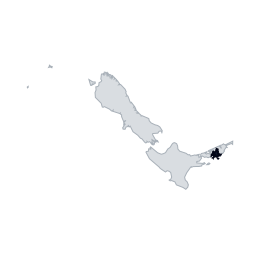 Whangarei District, Northland, New Zealand (highlighted), rotated 99°
{"feature_id": "76426892B88537535922351", "entity_name": "Whangarei District", "entity_type": "district", "adm_level": 2, "iso_a3": "NZL", "parent_name": "New Zealand", "parent_adm1": "Northland", "projection": "orthographic", "projection_center": [174.414, -35.694], "detail": "fine", "context": "in_parent", "style": "filled", "palette": "ink", "viewbox_px": 256, "rotation_deg": 99, "n_neighbors": 0, "source": "geoboundaries", "source_scale": "gbopen_adm2", "svg_char_len": 6877}
<svg xmlns="http://www.w3.org/2000/svg" viewBox="0 0 256 256"><g transform="rotate(99 128 128)"><path d="M129.6,102.7L130.7,102.7L135.1,99.2L137.0,98.5L137.5,98.4L136.5,99.4L136.7,100.2L135.7,102.5L136.6,102.2L137.1,100.5L137.7,100.2L137.5,99.3L140.1,99.6L139.2,101.2L137.8,102.2L138.7,102.3L140.7,100.6L140.7,101.5L138.1,104.4L138.9,105.9L138.2,107.2L139.0,107.0L140.0,108.0L139.4,109.3L136.5,112.6L136.1,114.2L133.6,117.2L130.9,122.5L125.8,126.1L126.8,127.0L125.0,128.3L126.4,128.1L127.4,130.1L129.7,130.7L129.9,132.7L128.5,133.3L127.0,132.4L124.9,132.8L125.6,131.9L124.7,131.4L123.2,133.1L120.9,131.2L122.2,133.4L117.8,136.1L116.0,136.4L115.4,137.8L114.4,137.9L115.0,138.4L113.9,145.5L112.7,145.5L113.8,146.3L113.7,147.0L112.3,149.1L110.6,154.6L111.4,155.8L111.3,156.7L107.8,158.3L102.9,165.0L98.2,166.1L95.5,165.5L92.4,166.2L91.8,164.4L90.6,163.5L87.8,163.7L86.4,161.8L85.2,161.4L83.9,162.5L79.5,162.7L78.7,162.4L78.5,161.7L79.9,159.5L78.5,160.7L77.8,160.7L78.4,159.7L78.2,158.9L76.5,159.9L76.5,158.1L80.4,156.6L78.8,156.6L78.6,156.0L80.1,154.6L78.0,154.9L78.2,153.3L79.3,153.2L78.8,152.1L81.3,153.1L80.9,152.0L81.8,151.6L80.1,151.0L79.9,149.8L80.7,148.9L81.8,149.2L81.0,148.3L82.8,146.1L83.4,147.6L83.3,145.5L85.7,143.2L86.8,144.0L86.2,142.1L90.1,137.0L92.4,135.5L93.7,135.7L95.8,134.1L96.8,134.6L96.3,133.5L96.6,133.0L102.1,129.9L102.0,129.0L102.6,128.9L102.2,128.6L105.3,125.4L106.7,125.6L105.8,124.8L107.1,123.9L108.5,124.5L107.7,123.5L108.8,122.9L109.5,123.7L109.5,122.5L111.3,120.0L111.8,121.9L112.0,121.6L111.8,119.7L113.1,117.4L114.2,116.9L113.6,116.2L115.4,109.0L117.6,108.1L119.4,105.9L120.6,101.9L120.9,99.0L122.0,96.7L125.3,93.8L128.0,93.8L126.1,94.1L125.9,95.6L126.4,96.8L128.4,97.7L129.6,102.7ZM127.1,23.4L130.2,28.6L131.8,27.0L132.0,28.2L135.1,29.6L135.6,29.1L138.2,30.4L138.5,32.3L140.2,31.7L142.4,35.6L142.0,36.6L142.7,38.0L141.0,38.1L144.8,44.2L144.3,46.3L145.0,47.7L144.0,50.4L145.6,51.3L146.2,50.6L149.5,52.3L150.3,54.8L151.7,54.7L151.3,48.7L150.3,47.1L151.1,46.2L153.1,49.4L154.0,49.3L154.9,51.9L155.9,57.6L157.1,59.4L156.4,59.0L156.3,59.5L156.9,60.0L163.0,63.0L167.7,64.4L170.4,63.3L172.0,61.1L174.7,59.5L177.1,59.7L179.5,61.3L178.1,64.4L176.6,71.3L173.9,73.2L173.1,76.7L173.6,78.1L173.0,79.2L171.9,77.7L169.6,77.2L165.4,78.8L164.3,80.5L164.1,82.7L165.6,84.1L163.0,89.7L161.6,91.3L155.0,102.0L149.0,106.5L148.3,106.1L147.8,104.3L145.3,104.3L145.4,102.2L145.1,102.0L144.2,103.2L143.1,102.7L147.8,94.9L148.7,91.0L147.8,89.0L146.5,87.1L142.5,85.4L140.6,83.4L136.8,81.8L135.7,80.9L135.2,79.6L135.9,77.5L138.0,76.2L141.0,75.4L142.8,73.3L143.9,66.7L145.1,64.4L144.7,62.9L145.9,61.8L144.1,57.6L144.5,56.3L143.9,56.1L142.8,53.5L143.4,53.4L144.1,54.8L144.8,53.6L146.0,53.3L144.6,51.7L142.9,52.1L141.7,51.6L140.8,49.1L139.0,46.3L139.5,46.2L141.0,47.6L141.5,46.5L140.6,45.0L140.9,43.4L139.7,42.5L139.6,43.5L137.5,42.0L136.4,39.5L136.4,40.8L138.8,44.4L138.1,45.1L137.7,44.8L131.5,35.2L133.6,32.5L132.3,33.1L131.2,34.7L130.6,34.0L130.2,32.8L128.7,31.2L129.3,30.3L129.3,29.0L124.6,22.5L127.8,22.1L127.1,23.4ZM89.1,167.4L90.8,169.7L89.9,169.6L90.0,170.1L91.6,170.6L91.7,171.6L86.2,174.2L88.0,170.0L87.7,167.6L89.1,167.4ZM79.9,214.4L80.6,215.9L78.8,215.2L77.9,215.7L79.1,214.1L79.1,212.5L80.4,212.6L79.9,214.4ZM151.6,42.7L151.9,44.5L150.0,43.1L149.9,42.2L150.4,41.5L151.6,42.7ZM136.7,97.8L135.5,98.4L135.8,96.9L137.1,96.0L136.7,97.8ZM78.2,156.1L78.1,157.0L76.5,156.8L77.7,155.7L78.2,156.1ZM103.6,233.0L104.1,233.6L103.3,233.9L102.5,233.1L103.6,233.0ZM79.6,150.5L80.1,151.9L78.9,151.2L79.6,150.5Z" fill="#d9dde1" stroke="#a8b0b8" stroke-width="1"/><path d="M135.0,35.9L134.9,35.9L134.8,36.3L134.9,36.2L135.0,36.4L134.9,36.6L134.9,37.4L135.3,37.5L135.3,37.4L135.5,37.3L135.8,37.3L135.9,37.1L136.0,37.0L136.1,37.3L136.3,37.4L136.5,37.4L137.0,37.6L137.0,37.8L137.5,38.0L137.7,37.9L137.7,38.0L138.0,38.1L138.0,38.3L138.0,38.5L138.5,38.8L138.5,39.0L138.6,39.4L138.3,39.6L138.2,39.6L138.0,39.8L138.3,39.9L138.2,40.0L138.3,40.2L138.3,40.3L138.2,40.4L138.4,40.6L138.5,40.6L138.6,40.4L138.8,40.5L139.0,40.4L140.0,39.8L140.1,40.0L140.3,40.0L140.3,40.3L140.2,40.4L140.3,40.8L140.5,40.9L140.6,41.0L140.8,41.1L140.9,41.3L141.0,41.4L141.5,41.5L141.7,41.4L142.0,41.4L142.4,41.3L142.6,41.3L142.5,41.2L142.3,41.1L142.0,40.9L141.8,40.5L141.6,40.0L141.6,39.6L141.6,39.2L141.7,38.9L142.0,38.7L141.8,38.5L141.7,38.6L141.8,38.6L141.7,38.6L141.8,38.6L141.5,38.4L141.2,38.6L141.3,38.5L141.1,38.5L140.8,38.3L140.7,38.6L140.8,38.4L140.7,38.3L140.7,38.2L140.7,38.3L140.6,38.6L140.4,38.6L140.5,38.6L140.4,38.8L140.4,38.7L140.2,38.6L140.3,38.6L140.4,38.4L140.3,38.2L140.3,38.3L140.4,38.2L140.4,37.9L140.2,37.9L140.1,38.0L140.1,37.9L140.3,37.7L140.5,37.7L140.5,37.4L140.4,37.4L140.5,37.4L140.6,37.5L140.6,37.8L140.8,37.7L141.0,37.9L141.4,38.1L141.3,37.9L141.5,37.9L141.8,37.8L141.6,38.0L141.8,38.1L142.0,38.3L141.9,38.4L141.9,38.5L142.2,38.5L142.3,38.6L142.2,38.8L142.3,38.9L142.5,38.9L142.8,38.8L142.5,38.4L142.4,38.0L142.5,37.9L142.5,37.7L142.5,37.3L142.6,37.2L142.3,37.3L142.5,37.4L142.4,37.5L142.2,37.6L142.3,37.5L142.3,37.4L142.2,37.3L142.4,37.2L142.0,37.2L142.0,37.4L141.8,37.4L141.8,37.5L141.8,37.4L142.0,37.4L141.9,37.3L142.0,37.3L142.0,37.1L142.0,36.7L142.0,36.4L142.1,36.2L141.9,36.3L141.7,36.4L141.3,36.2L141.5,36.2L141.6,36.3L141.6,36.2L141.6,36.3L141.7,36.2L141.8,36.2L141.8,36.3L142.0,36.3L142.1,36.1L142.3,36.3L142.4,36.2L142.2,36.1L142.2,35.9L142.4,36.0L142.3,35.9L142.3,35.6L142.2,35.6L142.2,35.4L142.1,35.5L142.0,35.4L141.9,35.4L141.7,35.3L141.7,35.2L141.7,34.8L141.3,34.8L141.4,34.7L141.5,34.8L141.6,34.7L141.7,34.9L141.8,34.8L141.6,34.7L141.5,34.4L141.3,34.1L141.3,33.8L141.2,33.7L141.2,33.9L141.1,34.0L141.0,33.9L140.9,33.8L140.7,33.9L140.7,33.7L140.8,33.7L140.7,33.6L140.6,33.4L140.5,33.2L140.4,33.2L140.3,32.9L140.3,33.0L140.2,33.0L140.3,32.9L140.2,32.9L140.2,32.7L140.3,32.6L140.2,32.7L140.3,32.8L140.3,32.7L140.4,32.8L140.6,32.9L140.6,33.0L140.8,33.2L140.7,33.1L140.8,33.0L140.7,32.8L140.5,32.7L140.8,32.5L140.7,32.6L140.4,32.6L140.1,32.3L139.9,32.5L139.6,32.3L139.7,32.8L139.9,32.9L139.9,33.0L139.9,33.3L139.6,33.6L139.7,33.8L139.4,34.4L139.2,34.4L139.2,34.6L139.2,34.8L138.7,34.8L138.7,35.0L138.6,35.3L138.4,35.4L138.4,35.2L138.2,35.2L138.3,35.3L138.1,35.3L137.6,35.4L137.7,35.5L137.3,35.7L137.1,35.6L136.7,35.8L136.6,35.7L136.5,35.9L136.3,35.9L136.4,36.0L135.7,36.0L135.1,35.8L135.0,35.9ZM144.1,40.0L143.8,40.0L144.3,40.2L144.1,40.0ZM144.1,39.2L144.2,39.3L144.2,39.2L144.1,39.2ZM144.3,34.0L144.2,34.0L144.2,34.3L144.3,34.2L144.3,34.0ZM144.4,39.2L144.3,39.3L144.3,39.2L144.4,39.3L144.5,39.2L144.4,39.2ZM144.2,34.3L144.2,34.5L144.3,34.4L144.2,34.3ZM144.7,39.2L144.5,39.3L144.7,39.2ZM141.4,33.7L141.4,33.8L141.4,33.7ZM142.4,35.9L142.4,36.0L142.4,35.9ZM141.0,38.4L140.9,38.3L141.0,38.4L141.0,38.4ZM140.7,38.3L140.7,38.2L140.7,38.3L140.7,38.3ZM140.8,32.8L140.7,32.8L140.8,32.8ZM141.0,33.8L140.9,33.8L141.0,33.8Z" fill="#0f172a" stroke="#020617" stroke-width="1.5"/></g></svg>